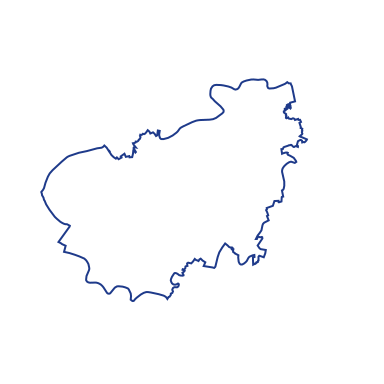 the district of Dong Hung, Thái Bình, Vietnam, rotated 149°
{"feature_id": "81297802B28789600266311", "entity_name": "Dong Hung", "entity_type": "district", "adm_level": 2, "iso_a3": "VNM", "parent_name": "Vietnam", "parent_adm1": "Thái Bình", "projection": "orthographic", "projection_center": [106.332, 20.548], "detail": "fine", "context": "isolated", "style": "outline", "palette": "blue", "viewbox_px": 384, "rotation_deg": 149, "n_neighbors": 0, "source": "geoboundaries", "source_scale": "gbopen_adm2", "svg_char_len": 6010}
<svg xmlns="http://www.w3.org/2000/svg" viewBox="0 0 384 384"><g transform="rotate(149 192 192)"><path d="M326.2,166.8L321.1,163.9L320.4,163.3L319.2,162.0L317.9,159.8L317.3,157.8L317.0,155.9L316.8,149.3L316.4,148.3L316.0,147.9L315.2,147.4L314.3,147.3L308.2,149.5L307.0,149.8L304.8,149.7L303.3,148.9L300.2,146.6L298.3,144.6L296.8,142.6L296.5,142.0L296.4,140.8L296.8,136.6L297.9,134.1L300.0,131.3L299.4,129.6L298.9,129.0L298.0,128.7L295.7,129.5L293.7,129.9L288.6,130.5L285.2,130.4L282.8,129.8L281.4,129.0L279.1,127.1L273.2,121.6L269.7,117.8L268.9,116.5L268.3,115.0L268.2,113.0L266.1,114.1L265.2,113.8L263.2,114.7L262.5,115.8L260.9,115.6L259.5,116.6L259.3,118.3L258.9,118.7L257.7,119.5L256.2,119.5L253.8,118.0L252.4,118.1L251.3,119.0L250.8,119.7L250.9,120.5L251.3,120.8L252.9,120.8L254.1,121.2L255.1,121.9L255.7,122.7L256.2,124.0L256.1,125.7L255.7,127.2L254.8,128.2L252.9,129.6L249.2,131.4L248.5,131.4L247.6,130.8L246.6,129.4L245.8,127.3L244.6,126.1L243.1,125.1L242.2,124.9L242.0,125.1L241.8,127.7L239.5,127.9L238.8,128.3L238.9,128.7L240.2,130.2L239.7,130.6L238.9,129.8L237.9,129.8L237.1,130.0L236.0,131.5L235.4,131.5L234.0,131.0L233.0,133.3L231.7,133.4L229.4,131.2L226.9,131.9L224.1,133.2L223.6,131.6L222.8,130.8L222.0,129.5L220.3,130.4L218.9,130.4L218.2,127.7L216.8,124.9L220.1,122.5L213.2,116.7L212.1,115.5L210.8,115.8L210.3,116.1L203.5,123.0L199.7,126.2L194.6,128.9L190.1,130.8L189.0,127.8L188.5,125.7L187.6,124.6L186.3,123.9L186.1,123.4L187.4,122.8L187.4,122.2L187.1,121.9L186.7,121.8L186.1,122.1L185.9,121.7L187.0,120.6L187.5,119.7L187.6,119.2L186.8,117.9L186.9,117.3L184.8,113.9L186.1,112.1L187.9,108.2L188.1,106.1L187.8,105.2L187.4,104.6L186.2,104.0L184.3,103.9L182.2,104.2L180.5,104.7L177.9,106.3L176.7,106.8L175.8,106.9L172.7,106.5L171.0,105.9L171.9,104.1L173.5,104.5L177.0,98.2L175.5,98.1L174.7,97.8L174.3,98.3L173.3,98.0L172.8,98.6L171.6,98.1L170.7,99.2L170.2,99.1L168.4,102.2L167.3,102.7L167.0,102.6L164.1,99.1L160.8,101.7L158.6,104.3L162.6,107.7L163.1,109.0L163.3,112.3L155.6,115.9L155.1,117.1L155.3,117.5L156.4,117.8L157.3,118.5L158.4,119.7L158.7,119.7L160.5,118.3L161.4,118.8L158.1,120.9L154.9,122.1L152.2,123.4L148.7,127.2L147.5,128.1L146.2,128.5L145.2,128.5L140.9,128.2L140.1,132.8L138.7,132.8L138.0,135.9L137.8,138.3L136.7,138.6L136.2,139.8L129.8,138.5L126.0,141.8L122.4,139.9L123.0,138.8L122.8,138.4L120.2,137.8L117.7,141.4L117.5,141.5L116.2,141.1L114.1,147.0L112.8,147.0L111.8,147.5L109.7,149.8L107.5,153.5L104.4,162.9L103.5,164.3L102.2,165.5L100.1,166.5L98.7,166.9L96.3,167.4L93.6,167.5L92.1,167.2L91.4,166.9L88.9,164.0L87.1,164.1L86.9,165.3L87.2,168.9L89.2,172.5L90.6,174.5L90.6,175.5L89.7,176.2L90.2,176.9L91.5,177.6L94.1,178.3L95.1,178.4L93.3,182.7L91.9,182.1L90.6,183.1L89.8,183.1L85.8,182.2L84.6,182.1L84.0,181.6L83.0,181.5L82.5,181.1L82.1,179.2L81.6,178.2L81.3,178.0L79.7,178.0L78.9,177.3L78.0,176.1L77.5,176.7L77.6,177.3L78.0,178.1L75.1,180.9L74.6,181.0L72.3,180.8L72.0,180.6L71.6,180.1L71.3,179.3L72.0,177.7L70.7,177.4L70.0,176.7L68.9,176.8L67.1,177.4L66.4,177.9L69.7,182.5L70.6,183.5L71.0,184.3L68.0,184.8L67.4,185.1L67.0,186.8L65.9,187.6L65.9,188.5L64.9,189.3L65.4,190.5L65.9,190.9L65.2,191.9L64.3,195.9L62.5,195.9L62.2,198.2L63.6,199.0L63.4,200.0L66.6,200.7L66.5,201.9L67.3,203.0L67.9,203.3L69.2,203.3L69.7,203.7L71.2,205.1L71.2,206.5L72.5,206.4L73.0,206.5L73.2,206.8L73.3,207.2L72.6,208.2L71.7,209.0L71.9,209.7L71.2,210.3L71.3,210.8L72.1,212.2L72.2,212.8L72.1,213.4L71.7,213.9L70.1,213.8L69.5,214.0L69.4,214.3L69.9,215.2L69.8,215.5L69.6,215.6L68.3,215.1L68.0,214.8L67.9,214.2L67.5,214.2L67.0,215.2L67.3,216.4L66.4,216.9L65.9,217.7L64.5,217.7L63.9,217.5L64.4,216.8L64.4,216.2L65.2,216.2L65.3,215.9L65.1,215.2L65.5,214.3L65.4,214.1L64.8,213.7L64.6,212.9L64.0,213.2L63.7,214.3L63.2,215.0L63.2,215.7L63.0,216.3L61.9,218.0L57.0,216.6L51.9,231.1L51.7,233.7L51.5,234.3L53.1,235.3L53.8,237.1L56.1,236.8L57.3,236.9L66.3,238.2L68.6,238.9L72.3,240.8L73.1,241.7L73.2,242.4L72.9,244.1L71.9,245.4L71.1,247.1L71.0,248.7L71.6,250.5L72.6,251.6L74.5,252.7L77.5,254.0L81.2,256.7L83.3,257.9L87.9,259.5L90.7,260.1L92.6,260.2L93.3,260.1L94.5,259.5L97.0,257.9L98.9,257.0L100.3,256.9L102.0,257.4L102.9,258.4L104.4,261.2L106.5,263.7L110.1,267.1L112.2,268.8L116.0,271.3L118.0,272.1L120.0,272.0L122.5,270.8L124.0,269.2L125.9,266.5L126.5,265.3L126.9,263.9L126.9,262.9L126.3,261.1L125.7,258.0L123.4,250.7L122.7,246.4L123.0,245.4L123.4,244.8L123.9,244.3L125.6,243.8L133.2,243.1L136.5,243.6L139.6,244.9L148.0,249.5L150.0,250.4L151.7,251.0L155.9,251.8L165.8,252.8L168.3,252.9L169.7,252.7L173.0,251.3L174.7,250.9L179.5,250.4L184.6,250.7L189.1,252.0L190.8,253.0L191.4,253.7L191.6,254.8L191.1,257.0L190.4,258.4L188.2,261.0L189.6,262.3L192.7,258.5L194.0,258.5L194.1,261.2L194.7,263.2L197.6,263.6L197.4,265.7L198.1,267.8L200.3,266.8L202.2,266.2L203.3,266.3L204.1,267.2L204.9,266.9L205.7,266.9L206.8,267.7L207.3,266.8L207.7,266.8L207.9,265.7L208.1,265.3L209.5,264.3L210.7,264.3L211.1,263.8L212.0,263.5L213.4,263.5L214.3,264.2L214.9,263.5L216.3,263.7L217.5,264.2L217.7,262.9L217.2,259.1L218.4,260.2L218.9,260.2L219.5,259.8L219.5,255.2L220.2,255.0L220.2,255.3L220.3,258.4L220.8,258.0L222.8,255.3L225.3,252.7L227.7,253.9L227.3,255.1L230.6,256.2L230.2,259.6L234.7,259.2L234.7,257.8L238.0,257.9L238.6,260.3L240.1,259.8L241.2,262.2L242.0,265.2L242.1,268.9L241.7,269.0L241.7,269.8L242.2,269.8L242.2,270.1L242.3,273.9L243.2,277.0L244.7,276.5L246.6,276.5L250.8,278.3L261.0,281.2L268.8,283.9L278.2,286.0L279.8,286.2L281.4,286.2L288.0,285.1L300.3,282.5L304.4,281.2L307.7,279.3L312.8,275.4L316.8,271.6L318.5,270.6L321.2,269.6L321.6,267.8L322.2,266.4L322.2,263.7L322.9,261.5L322.8,260.5L323.4,256.5L323.3,250.1L322.4,241.4L321.7,238.8L320.2,234.3L319.2,232.4L318.2,230.8L317.2,229.7L315.7,228.7L314.1,226.0L314.7,225.4L332.2,217.9L330.8,215.7L330.2,214.2L328.0,211.0L332.5,206.6L328.5,202.8L324.8,198.6L321.8,194.9L318.6,190.4L317.9,187.9L317.8,185.5L317.9,183.6L319.0,180.3L319.6,179.0L320.6,178.0L325.7,174.3L327.7,171.7L328.2,170.8L328.1,169.2L327.4,167.9L326.2,166.8Z" fill="none" stroke="#1e3a8a" stroke-width="2"/></g></svg>